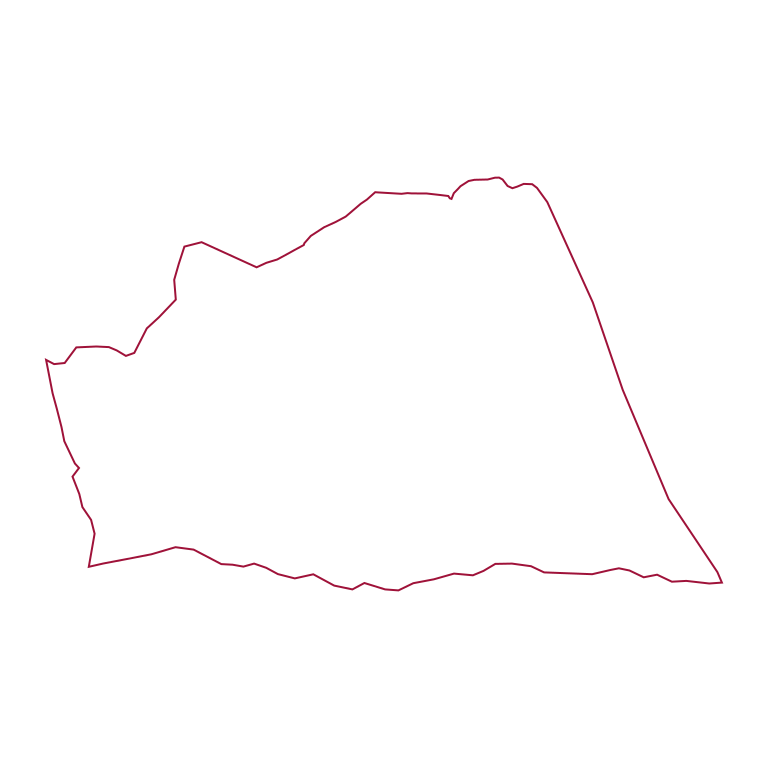 San Pedro Cajonos, Oaxaca, Mexico
{"feature_id": "50627088B28175104329163", "entity_name": "San Pedro Cajonos", "entity_type": "district", "adm_level": 2, "iso_a3": "MEX", "parent_name": "Mexico", "parent_adm1": "Oaxaca", "projection": "orthographic", "projection_center": [-96.263, 17.164], "detail": "fine", "context": "isolated", "style": "outline", "palette": "rose", "viewbox_px": 768, "rotation_deg": 0, "n_neighbors": 0, "source": "geoboundaries", "source_scale": "gbopen_adm2", "svg_char_len": 1453}
<svg xmlns="http://www.w3.org/2000/svg" viewBox="0 0 768 768"><path d="M46.1,359.9L52.6,393.3L56.8,408.7L61.5,427.1L64.3,441.2L74.9,463.5L79.0,468.0L72.5,476.6L79.3,494.0L82.4,507.1L91.1,519.9L94.6,533.7L88.8,566.8L103.3,563.5L126.0,559.2L151.3,554.3L175.5,547.2L193.6,549.6L221.3,564.1L232.5,564.7L243.4,566.6L254.1,563.6L266.2,567.8L277.9,574.1L294.8,578.4L313.3,574.3L334.2,585.6L352.4,589.4L364.4,583.0L385.1,589.4L398.4,590.4L413.3,583.2L433.9,579.3L454.0,573.6L472.9,575.3L483.5,570.9L495.3,563.9L512.0,563.6L531.0,566.2L544.1,572.4L592.2,574.2L610.3,570.0L618.9,568.3L629.5,570.5L643.7,577.3L657.1,574.7L671.9,581.7L686.3,580.9L709.3,583.5L721.9,582.6L717.4,572.1L668.6,499.1L622.7,389.8L592.8,302.4L547.3,202.1L537.0,187.9L532.2,184.2L523.7,183.9L517.3,186.6L512.4,188.2L507.6,186.0L502.6,179.5L499.1,177.6L494.9,177.7L487.7,179.5L474.5,179.8L468.6,181.0L460.5,186.2L458.1,188.8L453.8,193.2L451.5,198.9L450.7,198.6L449.8,198.3L448.3,196.0L440.1,195.0L426.8,193.5L411.6,193.4L407.5,193.1L401.5,193.8L377.6,192.4L375.2,192.2L366.9,199.6L360.7,203.8L353.1,210.3L345.7,216.6L335.6,222.0L324.2,227.2L310.8,235.9L304.3,243.3L303.8,245.0L294.2,250.2L289.2,253.0L280.7,257.6L277.2,259.5L266.4,262.8L256.6,267.3L201.6,242.2L184.4,246.6L178.8,263.8L174.2,279.8L175.8,299.6L158.9,317.3L146.8,328.4L134.3,352.9L125.9,355.9L116.7,350.4L108.9,347.1L96.3,346.5L76.3,347.4L64.7,363.0L54.1,364.1L46.1,359.9Z" fill="none" stroke="#9f1239" stroke-width="2"/></svg>